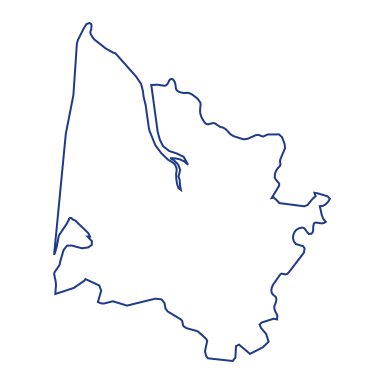 Gironde, Albers equal-area conic projection
{"feature_id": "FRA-5295", "entity_name": "Gironde", "entity_type": "Metropolitan department", "adm_level": 1, "iso_a3": "FRA", "parent_name": "France", "parent_adm1": "", "projection": "albers", "projection_center": [-0.442, 44.886], "detail": "fine", "context": "isolated", "style": "outline", "palette": "blue", "viewbox_px": 384, "rotation_deg": 0, "n_neighbors": 0, "source": "natural_earth", "source_scale": "10m", "svg_char_len": 3157}
<svg xmlns="http://www.w3.org/2000/svg" viewBox="0 0 384 384"><path d="M55.3,294.0L56.0,285.1L55.7,281.5L54.2,274.5L54.4,272.4L59.1,265.7L59.8,264.1L60.3,261.2L63.6,250.0L67.0,245.7L71.4,245.5L82.1,248.3L88.2,247.4L91.8,244.9L91.9,241.2L87.6,236.6L90.0,236.6L88.3,233.1L75.2,220.5L73.3,219.7L72.5,219.2L71.8,218.5L71.0,217.9L69.8,218.0L69.0,218.8L68.7,219.8L68.5,220.8L68.0,221.2L66.9,223.5L58.9,235.4L56.8,246.2L55.2,252.1L54.1,254.9L65.8,133.9L73.4,95.1L76.9,43.4L78.0,39.8L84.0,27.9L86.5,24.1L89.3,23.0L91.1,24.0L91.5,25.1L91.4,26.9L91.2,29.7L90.7,30.5L90.4,31.8L90.3,33.1L90.9,34.4L92.7,37.4L94.1,39.3L105.6,48.4L112.8,52.5L115.5,53.4L136.3,76.8L141.1,84.0L143.0,91.4L143.5,96.3L145.7,105.5L148.9,128.3L149.6,131.1L155.4,145.3L161.2,153.1L167.9,159.6L173.4,162.9L175.0,164.6L176.4,167.7L176.7,170.0L176.1,173.9L176.3,179.0L177.1,184.1L178.5,188.1L180.9,189.9L180.2,186.5L179.6,179.6L178.5,176.5L180.2,169.9L178.2,164.6L174.3,160.6L170.3,158.1L175.6,158.4L180.1,159.4L184.1,161.4L188.0,164.7L183.7,156.9L176.8,153.5L169.2,151.0L163.1,146.2L159.9,139.8L157.7,132.0L151.3,85.0L157.5,84.7L163.6,85.7L165.1,85.7L166.5,85.0L167.5,83.9L168.3,82.5L168.9,81.0L169.8,79.7L171.1,79.0L172.6,79.1L174.1,80.8L174.9,82.5L175.4,84.3L176.0,89.1L177.2,90.7L179.2,92.0L182.9,92.9L185.2,93.0L187.3,92.8L189.5,93.2L192.3,94.6L197.2,98.4L199.2,100.8L200.4,102.8L200.6,104.5L200.1,109.6L200.1,111.3L200.2,113.0L200.6,114.6L201.1,116.2L201.8,117.9L204.0,121.6L205.3,123.3L206.4,123.9L208.1,124.3L212.8,123.1L214.8,123.3L220.3,127.0L222.9,127.5L225.4,129.0L227.1,130.5L230.1,133.9L232.0,135.3L234.3,136.4L243.5,139.3L245.8,139.1L248.4,138.5L255.6,135.2L258.2,134.8L263.0,136.6L267.7,134.5L279.0,134.4L282.0,137.2L284.6,143.8L285.0,148.3L280.3,159.4L280.0,161.3L280.5,164.8L279.7,166.3L277.8,168.2L276.1,170.7L275.0,173.7L274.7,177.1L275.6,179.3L279.2,183.6L279.1,185.8L271.7,198.0L274.0,197.6L275.0,198.8L275.7,199.2L278.8,202.4L279.3,203.1L304.3,206.3L307.5,205.0L312.8,198.6L315.6,196.2L314.4,192.8L317.5,193.3L326.9,196.1L327.8,196.5L328.7,197.6L329.9,198.7L328.1,201.8L325.5,204.4L322.7,206.0L319.8,206.2L321.8,215.1L323.3,218.9L325.8,221.9L323.6,223.1L321.6,223.4L315.7,222.5L314.5,223.0L313.7,224.1L313.3,226.3L313.1,230.6L312.6,232.4L311.4,233.7L309.0,234.0L307.2,232.2L305.6,229.8L303.8,227.9L301.7,227.6L299.1,228.3L296.5,229.7L294.8,231.6L293.3,234.9L293.0,238.3L293.9,241.5L296.0,244.1L303.1,246.2L304.6,248.3L303.9,252.7L288.6,272.6L286.9,274.1L285.2,274.4L281.5,273.6L280.1,274.6L273.3,284.4L271.9,287.2L271.3,290.3L271.8,293.1L273.0,294.6L275.8,297.0L276.4,299.2L276.1,301.6L274.4,306.2L274.3,308.6L275.2,311.3L276.4,313.4L277.3,315.8L277.1,319.4L273.7,318.7L261.7,322.5L259.6,324.6L261.2,328.2L266.2,334.0L268.6,341.7L263.0,347.2L250.0,353.9L239.0,344.6L236.0,346.2L235.4,357.5L232.7,361.0L207.9,358.3L206.2,356.2L205.0,351.3L207.2,340.8L206.0,338.7L197.7,331.3L186.3,328.1L183.7,326.4L183.0,325.0L182.2,321.0L181.3,319.7L167.6,311.4L165.4,308.4L164.5,303.1L161.6,299.4L155.2,298.7L127.0,305.6L112.9,301.3L104.0,303.5L101.1,303.4L97.9,302.1L101.2,290.7L99.3,285.5L85.5,279.1L84.3,280.7L73.9,287.9L55.3,294.0Z" fill="none" stroke="#1e3a8a" stroke-width="2"/></svg>